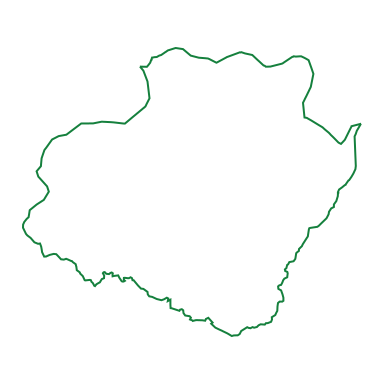 the district of Gibi, Margibi, Liberia
{"feature_id": "62588387B31480436327445", "entity_name": "Gibi", "entity_type": "district", "adm_level": 2, "iso_a3": "LBR", "parent_name": "Liberia", "parent_adm1": "Margibi", "projection": "albers", "projection_center": [-10.006, 6.564], "detail": "fine", "context": "isolated", "style": "outline", "palette": "green", "viewbox_px": 384, "rotation_deg": 0, "n_neighbors": 0, "source": "geoboundaries", "source_scale": "gbopen_adm2", "svg_char_len": 4548}
<svg xmlns="http://www.w3.org/2000/svg" viewBox="0 0 384 384"><path d="M157.1,299.1L161.5,300.2L164.0,299.3L166.8,297.7L168.3,298.5L167.8,301.1L170.4,299.7L170.4,304.7L170.6,308.1L171.5,308.2L179.4,310.8L180.0,309.7L181.8,309.2L183.2,310.3L183.3,311.4L183.5,313.1L185.2,315.5L189.6,316.2L190.9,317.7L190.0,319.5L192.8,320.6L192.9,320.9L196.1,320.1L202.4,320.3L205.2,320.7L205.9,319.0L208.3,317.8L212.6,322.6L211.2,323.7L215.3,327.6L219.2,329.5L222.1,330.8L222.4,331.0L227.2,333.3L228.6,334.1L231.6,335.9L231.8,336.0L233.9,335.4L234.4,335.4L237.8,335.3L239.7,334.0L241.2,331.0L247.2,327.2L248.6,327.9L250.6,328.2L251.0,327.9L252.6,327.1L254.1,327.7L256.9,327.0L258.6,325.3L260.6,324.3L264.8,324.6L265.9,323.2L267.8,323.1L271.1,321.8L272.0,319.5L271.8,317.2L274.7,315.4L275.3,315.0L276.1,313.1L277.3,310.8L277.5,306.4L278.0,303.0L279.6,301.6L282.3,301.6L283.4,300.8L283.4,297.7L282.5,294.3L281.1,290.4L278.4,288.9L278.3,288.4L278.1,286.4L279.2,285.4L280.1,285.1L281.1,284.9L282.3,282.6L283.2,280.2L284.4,278.6L287.2,277.3L287.7,273.3L287.3,271.9L285.7,271.2L285.2,271.0L284.9,269.4L286.4,268.1L286.8,266.4L287.2,264.9L288.1,264.4L289.3,262.1L293.4,261.3L293.7,261.1L295.3,258.9L295.6,257.2L296.2,253.2L297.3,252.1L298.4,251.3L298.9,250.9L298.9,250.2L299.0,249.0L300.9,247.1L301.8,246.3L302.8,244.2L306.9,237.8L307.8,236.5L308.2,233.9L308.9,229.3L309.3,228.2L310.3,227.9L314.2,227.3L315.5,227.1L317.4,226.8L318.9,225.7L321.0,223.6L326.5,218.3L327.3,216.8L328.4,214.7L328.6,214.3L328.8,213.1L329.0,211.8L331.2,208.4L331.6,208.2L333.9,207.0L333.9,204.4L336.3,201.1L337.8,196.2L337.9,194.3L338.3,193.1L337.9,193.0L337.9,192.2L339.1,189.5L341.9,187.5L344.8,185.1L345.6,184.8L345.9,184.1L348.5,180.4L349.1,180.2L351.4,176.9L353.4,173.5L354.5,171.1L355.4,169.2L355.8,166.0L354.6,136.4L355.7,134.1L356.8,130.8L358.3,128.3L360.9,123.8L361.0,123.8L359.4,124.2L351.6,126.2L351.6,126.3L350.2,129.0L344.9,139.7L344.2,140.5L341.2,143.7L341.0,143.9L340.6,143.7L338.5,142.6L334.2,138.2L332.8,136.8L330.7,134.8L330.3,134.3L328.9,132.8L326.0,130.4L324.8,129.4L323.6,128.3L323.1,127.8L322.5,127.3L322.4,127.3L321.9,126.9L321.2,126.5L319.0,125.2L311.0,120.3L307.3,118.2L306.9,117.9L304.5,117.5L303.0,102.8L303.3,102.2L303.6,101.6L304.7,99.4L304.8,99.1L306.4,96.0L307.9,92.9L308.1,92.5L310.8,86.9L313.4,73.9L312.4,70.9L311.2,67.4L310.5,65.5L309.8,63.5L309.1,61.6L308.9,61.0L308.6,60.2L307.6,59.6L306.0,58.7L304.7,58.0L303.7,57.5L302.0,56.7L301.2,56.3L300.2,56.3L295.8,56.6L293.7,56.3L293.0,56.8L292.4,56.8L284.3,62.2L282.6,63.4L281.8,63.7L270.3,66.6L269.8,66.6L265.8,66.7L264.6,65.7L263.6,65.5L259.4,61.6L257.4,59.8L252.3,55.0L244.9,53.4L241.4,52.2L240.6,52.5L239.9,52.3L226.6,57.2L226.2,57.5L216.9,62.5L216.4,62.7L209.4,59.1L208.0,58.5L205.0,58.2L198.8,57.7L190.7,55.6L183.0,49.1L182.3,49.0L175.7,48.0L174.3,48.4L169.9,49.8L167.9,50.4L165.5,52.1L165.0,52.3L164.7,52.6L161.2,55.0L159.2,55.6L156.8,57.0L154.2,57.2L153.1,57.5L152.1,57.5L151.7,58.5L151.7,59.5L151.4,60.1L151.1,60.1L150.2,62.7L148.2,65.3L146.9,66.8L142.7,66.7L139.9,66.6L140.0,66.6L143.4,70.7L147.5,81.5L149.5,98.3L146.6,104.0L145.9,105.5L145.4,106.5L132.3,117.4L127.3,121.6L124.9,123.6L123.3,123.5L113.8,122.4L111.5,122.2L105.7,121.9L101.7,121.7L93.1,123.4L81.2,123.5L73.1,129.6L66.4,134.7L58.7,136.1L52.1,139.5L46.1,147.9L44.9,149.4L44.4,150.1L41.6,158.3L40.9,166.2L36.6,171.3L38.3,176.6L39.3,177.7L47.1,186.4L48.1,189.5L48.8,191.7L43.8,199.9L36.7,204.5L29.8,210.1L29.7,210.3L29.0,214.9L28.8,215.9L28.6,217.2L26.7,218.9L24.3,221.9L23.1,224.6L23.0,227.7L26.0,233.9L27.3,235.4L30.6,237.9L34.4,242.3L38.1,243.8L40.0,243.5L40.8,245.6L41.2,246.7L41.7,249.5L42.1,252.2L44.2,256.6L45.5,256.5L46.1,256.5L49.7,254.9L53.7,253.9L56.3,254.2L59.4,257.5L61.0,259.3L63.8,259.6L64.8,259.3L66.1,258.8L67.9,259.5L71.2,261.0L71.8,261.0L72.8,262.1L75.7,264.2L76.0,265.5L76.0,265.8L76.3,266.4L76.8,270.2L78.5,271.4L79.8,272.4L80.2,273.6L82.8,276.1L84.7,280.2L85.3,280.4L90.0,279.9L90.9,280.2L91.4,281.7L92.8,283.0L94.0,285.2L94.1,285.6L95.0,286.1L96.4,284.3L97.7,283.5L99.9,282.3L100.7,280.9L101.5,279.6L101.8,279.1L104.0,278.2L104.2,275.7L102.9,273.2L103.6,272.3L104.7,272.1L106.3,273.8L109.0,274.1L110.5,272.9L111.7,272.5L112.8,273.3L112.5,274.9L112.6,276.3L114.3,275.9L118.2,275.4L119.3,277.7L121.3,280.7L121.5,281.0L122.2,281.5L123.7,281.5L124.9,280.8L123.8,279.7L123.9,277.9L124.8,277.8L127.8,278.2L128.9,278.2L130.6,277.3L132.0,278.2L132.5,280.2L133.6,280.2L138.0,285.5L141.0,288.6L143.4,288.9L147.5,291.9L147.8,294.4L149.2,296.3L152.2,296.9L156.7,299.0L157.1,299.1Z" fill="none" stroke="#15803d" stroke-width="2"/></svg>